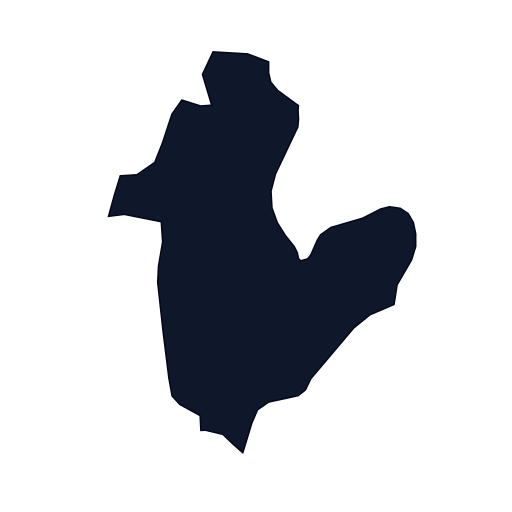 Bobonaro, Equal Earth projection, rotated 194°
{"feature_id": "TLS-547", "entity_name": "Bobonaro", "entity_type": "District", "adm_level": 1, "iso_a3": "TLS", "parent_name": "East Timor", "parent_adm1": "", "projection": "equal_earth", "projection_center": [125.15, -8.979], "detail": "fine", "context": "isolated", "style": "filled", "palette": "ink", "viewbox_px": 512, "rotation_deg": 194, "n_neighbors": 0, "source": "natural_earth", "source_scale": "10m", "svg_char_len": 1025}
<svg xmlns="http://www.w3.org/2000/svg" viewBox="0 0 512 512"><g transform="rotate(194 256 256)"><path d="M127.5,337.2L118.5,333.9L111.4,326.6L106.4,316.2L103.3,303.8L104.1,289.8L112.1,262.1L110.3,242.4L131.1,226.6L143.7,209.9L173.0,150.4L175.7,137.9L181.3,130.7L208.4,117.3L217.3,107.1L219.6,92.8L221.2,61.9L221.3,61.9L233.0,68.0L245.0,74.9L263.0,74.7L267.3,73.4L271.6,87.6L294.0,93.5L303.6,99.9L311.0,116.4L328.0,160.5L345.0,206.6L348.2,222.7L350.0,247.0L356.2,266.3L393.9,264.5L408.7,258.8L408.2,280.8L407.1,301.0L391.3,306.0L376.9,322.3L374.1,343.3L371.9,373.4L365.7,389.4L346.0,388.2L335.5,391.6L351.9,419.2L347.1,443.7L313.0,450.1L290.7,447.4L288.0,436.7L283.7,428.3L275.0,421.9L254.5,413.5L251.2,412.3L250.4,407.5L247.8,399.0L246.6,391.4L256.9,340.3L257.1,322.6L252.1,306.5L243.3,293.4L232.3,282.9L221.0,274.3L216.6,269.0L214.3,264.0L211.5,262.1L205.2,265.8L203.1,270.4L200.4,286.2L198.5,292.2L190.3,301.8L161.7,318.5L146.3,331.9L138.4,336.1L127.5,337.2Z" fill="#0f172a" stroke="#020617" stroke-width="1.5"/></g></svg>